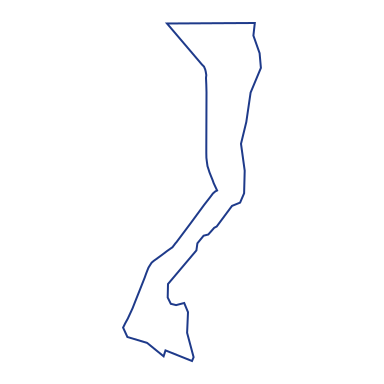 Manyo, Upper Nile, South Sudan
{"feature_id": "79223893B45725284796006", "entity_name": "Manyo", "entity_type": "district", "adm_level": 2, "iso_a3": "SSD", "parent_name": "South Sudan", "parent_adm1": "Upper Nile", "projection": "equal_earth", "projection_center": [32.292, 11.036], "detail": "fine", "context": "isolated", "style": "outline", "palette": "blue", "viewbox_px": 384, "rotation_deg": 0, "n_neighbors": 0, "source": "geoboundaries", "source_scale": "gbopen_adm2", "svg_char_len": 1012}
<svg xmlns="http://www.w3.org/2000/svg" viewBox="0 0 384 384"><path d="M192.0,361.0L193.6,357.2L187.1,332.8L188.0,312.2L184.2,303.0L176.1,305.1L170.8,303.8L167.7,297.5L168.0,284.0L196.4,250.4L197.4,243.3L203.6,235.7L208.3,234.5L214.2,227.8L216.7,226.5L232.0,205.9L240.1,202.6L244.1,193.3L244.7,170.7L241.0,143.8L246.3,122.0L250.6,92.6L260.9,67.9L259.6,53.2L253.4,35.6L254.8,23.0L217.6,23.2L167.0,23.5L201.9,64.5L204.0,66.6L205.2,69.5L205.7,71.5L206.3,75.1L206.0,77.9L206.3,84.7L206.5,92.5L206.3,147.3L206.3,152.8L206.4,157.8L206.9,161.9L207.5,166.2L208.5,169.2L209.5,172.4L211.1,176.4L212.6,180.1L213.7,183.2L217.1,190.5L215.3,191.4L212.9,193.5L209.9,197.5L204.2,204.8L190.0,224.1L176.3,242.4L175.6,243.1L172.5,247.2L167.1,251.0L161.3,255.4L153.7,260.9L151.6,262.7L149.8,265.5L148.5,267.6L147.4,270.3L146.2,273.4L144.7,277.6L139.8,290.0L135.5,300.8L132.6,308.2L127.8,318.6L125.2,323.3L123.1,327.6L127.4,337.0L147.1,342.9L163.6,356.3L165.5,350.4L192.0,361.0Z" fill="none" stroke="#1e3a8a" stroke-width="2"/></svg>